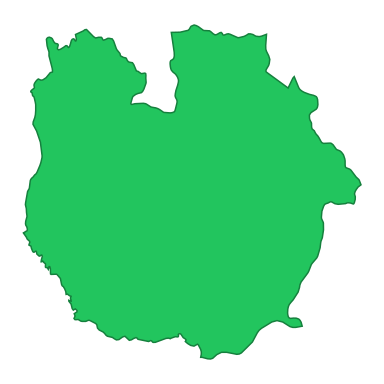 the State of Guárico
{"feature_id": "VEN-45", "entity_name": "Guárico", "entity_type": "State", "adm_level": 1, "iso_a3": "VEN", "parent_name": "Venezuela", "parent_adm1": "", "projection": "equal_earth", "projection_center": [-66.651, 8.828], "detail": "fine", "context": "isolated", "style": "filled", "palette": "green", "viewbox_px": 384, "rotation_deg": 0, "n_neighbors": 0, "source": "natural_earth", "source_scale": "10m", "svg_char_len": 5755}
<svg xmlns="http://www.w3.org/2000/svg" viewBox="0 0 384 384"><path d="M266.5,34.3L265.7,45.4L265.8,49.2L266.5,51.4L268.7,55.8L269.8,59.4L269.2,63.7L268.6,65.5L266.3,69.4L266.0,70.3L265.9,71.2L266.1,71.7L266.8,72.4L288.1,88.0L292.9,78.1L294.2,76.6L298.7,87.6L299.7,89.2L300.5,90.0L302.4,91.4L304.5,92.5L309.6,94.4L313.4,95.3L315.1,96.0L316.3,96.7L317.0,97.7L317.6,99.7L317.9,104.6L317.5,106.9L317.0,108.1L316.2,109.2L311.0,112.6L309.4,115.0L309.5,118.3L309.9,119.9L311.3,122.6L311.5,123.3L311.6,127.1L312.1,128.9L314.4,130.9L315.1,132.5L316.1,134.1L317.7,135.8L319.0,137.8L321.0,141.5L321.9,142.7L323.5,143.4L330.2,143.1L331.4,143.4L333.2,144.9L336.0,148.9L336.9,149.7L339.8,150.8L341.4,152.1L342.8,153.9L343.5,155.0L344.8,158.9L345.1,160.9L345.1,164.9L345.3,166.5L345.6,167.2L346.0,167.7L349.6,169.1L351.0,170.2L356.1,177.0L358.9,179.6L359.4,180.6L361.0,184.8L358.1,187.0L356.4,189.3L355.1,191.6L354.5,193.9L355.3,196.8L355.2,199.5L354.4,202.5L353.9,203.6L353.3,204.0L350.4,203.0L348.4,202.8L347.1,202.9L345.6,203.6L338.2,204.3L334.9,203.7L331.6,201.9L330.8,201.8L330.1,201.9L328.1,203.0L325.4,203.9L324.4,204.8L323.6,206.3L321.9,211.2L321.4,217.2L321.6,218.8L323.2,222.3L323.4,223.1L323.5,229.9L322.3,237.8L321.0,241.2L320.7,242.7L320.1,247.8L317.7,256.1L316.7,258.0L312.1,263.4L311.3,264.6L308.7,271.3L307.7,273.1L301.1,282.0L299.9,284.9L299.5,287.5L298.1,292.1L293.1,299.9L290.8,302.5L289.2,304.6L288.3,306.8L287.8,309.1L287.6,312.6L287.7,314.3L288.2,316.5L288.8,317.6L289.8,318.2L290.4,318.4L293.7,318.1L296.4,318.2L298.8,319.1L300.0,320.3L301.1,322.2L302.2,326.2L295.6,327.4L292.8,327.4L290.0,326.6L282.7,322.0L277.0,320.6L271.8,322.0L261.5,328.3L259.2,330.2L257.3,332.8L252.4,342.0L241.4,352.9L239.3,354.0L236.8,354.3L226.6,352.3L221.5,352.3L216.8,354.6L212.7,358.3L210.5,359.0L207.6,358.8L202.0,357.3L200.7,357.3L201.3,354.2L201.3,351.8L200.7,349.5L198.4,345.0L197.5,344.2L194.0,346.1L190.7,345.4L187.6,343.5L185.3,341.5L186.1,340.0L185.5,339.1L183.2,337.6L181.0,334.3L180.2,333.7L178.9,333.9L178.3,334.4L178.5,336.0L178.2,336.7L177.6,336.9L175.3,336.7L171.0,338.2L170.3,338.7L168.5,338.1L166.0,338.4L155.4,342.3L153.2,342.4L152.6,342.1L151.5,340.8L150.7,340.6L148.6,341.5L138.0,339.3L136.8,337.9L136.0,337.6L133.8,338.4L131.5,339.8L129.3,340.3L125.0,336.3L122.7,336.9L118.9,339.6L116.4,339.9L114.4,338.8L112.4,337.4L107.3,336.2L105.8,335.0L104.7,333.5L103.1,332.0L99.2,330.0L97.5,328.1L96.8,324.7L95.7,323.5L89.7,320.4L88.4,320.3L85.7,321.4L82.1,321.4L80.8,321.1L78.2,319.5L75.9,319.7L74.9,319.6L74.0,318.5L75.1,316.0L74.2,313.7L76.9,311.9L77.1,310.5L75.3,308.9L73.3,310.1L72.2,308.6L71.1,304.1L68.9,301.3L68.8,300.3L71.1,301.1L71.1,300.3L70.5,298.6L70.6,297.6L71.1,296.3L69.6,295.8L67.4,294.1L66.1,294.4L65.8,291.7L64.7,288.9L63.4,286.7L62.2,285.8L61.6,284.5L60.4,278.5L57.2,274.7L56.5,274.2L51.0,274.4L50.5,273.9L50.4,268.8L50.1,267.6L49.7,266.6L49.0,266.6L48.9,267.5L48.3,269.4L47.4,267.8L45.8,267.5L45.4,267.0L45.5,264.6L45.4,263.7L44.3,262.9L43.6,262.2L43.6,261.8L43.1,261.5L42.8,261.1L42.4,261.0L41.8,261.8L41.1,261.8L41.4,259.8L42.3,256.4L41.8,255.1L41.3,255.0L39.8,256.1L39.0,256.0L36.9,254.1L36.4,251.8L36.1,251.2L35.5,251.2L34.1,252.2L33.3,252.1L32.6,251.2L31.4,248.2L31.0,246.3L30.6,245.9L29.4,245.4L28.9,245.0L29.8,242.1L29.5,241.2L27.3,239.2L26.3,237.1L23.0,232.4L24.3,233.2L25.1,231.7L26.8,231.0L27.3,230.0L27.3,229.2L27.1,227.9L26.7,226.7L25.8,225.2L25.5,223.8L25.7,221.3L26.9,216.9L27.0,216.1L26.5,212.4L26.3,208.5L25.4,204.7L25.6,202.8L27.6,191.4L29.3,188.4L30.3,180.6L30.7,179.6L31.5,178.4L33.2,176.9L34.6,175.0L36.0,173.9L37.0,172.3L39.9,165.5L40.9,162.5L42.0,157.6L42.1,155.8L40.4,142.2L36.6,131.0L33.0,124.3L33.2,121.9L34.8,117.5L35.4,114.7L35.7,110.6L35.7,104.7L35.3,102.3L34.1,97.1L32.6,95.6L32.0,92.7L30.8,91.9L30.8,91.2L31.6,90.2L34.2,88.1L34.4,87.5L34.0,85.2L34.2,84.2L34.7,83.1L35.8,81.4L37.5,79.5L38.4,79.0L40.9,80.2L42.8,79.9L46.1,77.7L50.3,72.6L52.4,72.1L52.5,70.7L52.2,68.3L49.0,55.9L49.0,51.9L47.8,48.4L47.1,45.7L46.4,39.3L47.1,38.2L48.0,37.5L49.4,37.2L51.5,38.0L52.4,38.9L53.5,41.2L54.5,42.7L55.4,43.4L57.3,43.8L57.8,44.1L58.1,44.6L58.2,45.1L57.4,48.4L57.5,49.0L58.4,49.8L60.2,49.4L63.5,47.4L65.8,45.7L66.9,45.7L68.4,47.5L68.9,47.3L69.6,46.4L70.4,44.0L71.3,40.7L72.1,39.4L73.1,38.9L73.8,38.9L74.3,39.3L75.2,40.8L75.6,41.0L76.0,40.8L76.4,39.1L75.5,34.5L83.1,31.0L85.0,29.7L86.5,29.5L93.5,36.6L95.6,38.0L98.5,37.3L101.3,37.3L101.8,37.7L103.1,40.0L103.6,40.2L106.2,39.2L107.6,38.4L109.0,38.3L112.2,38.9L113.6,41.0L116.3,48.6L117.0,49.9L119.7,53.2L120.0,53.7L120.5,55.8L123.4,57.4L125.7,57.9L126.3,58.3L127.2,60.3L128.3,61.7L129.5,62.2L132.4,62.7L133.7,64.5L136.4,70.9L138.1,71.4L141.0,73.5L141.6,73.6L144.9,73.1L145.7,73.6L145.9,75.3L145.8,78.2L146.1,82.3L146.0,83.1L145.8,83.8L143.9,89.1L142.7,91.3L141.5,92.6L137.9,93.5L135.7,94.4L133.0,96.4L132.4,97.6L130.8,103.3L131.3,104.4L132.0,104.4L135.0,103.7L143.3,103.3L145.6,103.7L146.6,104.2L150.8,106.9L151.8,107.2L155.8,107.9L157.8,108.6L159.7,109.6L163.7,112.4L170.2,112.9L172.3,112.6L174.1,111.9L174.6,111.4L175.1,110.4L176.9,103.2L177.1,101.8L177.0,100.5L176.4,99.0L175.6,97.6L175.1,95.9L175.3,93.8L175.9,90.6L177.7,85.1L178.4,82.1L178.5,80.5L178.2,78.9L177.3,76.7L175.6,74.2L172.9,72.0L171.4,70.2L170.8,68.7L170.4,66.8L170.1,63.8L170.2,62.0L170.7,60.7L172.6,59.5L173.5,58.7L174.0,57.5L174.3,55.9L174.2,52.2L171.3,32.4L180.1,32.2L188.2,30.3L189.3,29.2L190.6,26.9L191.2,26.2L194.1,25.0L196.3,25.6L198.4,26.7L203.2,30.2L203.9,30.5L209.5,30.8L210.7,31.6L213.2,33.8L215.1,34.9L216.8,34.5L219.8,32.8L221.1,32.4L222.3,33.5L222.8,34.7L223.3,35.0L224.1,35.1L226.9,34.0L228.5,33.8L230.2,34.3L237.9,37.7L239.1,37.6L244.1,36.4L246.5,35.2L248.4,33.9L250.5,33.9L252.9,34.5L255.8,36.2L259.2,36.6L261.4,36.2L266.5,34.3Z" fill="#22c55e" stroke="#15803d" stroke-width="1.5"/></svg>